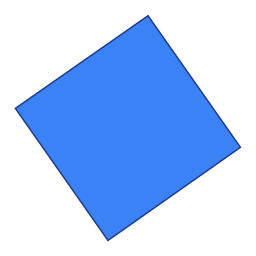 Mahnomen, Minnesota, United States of America (Mercator projection), rotated 145°
{"feature_id": "52423323B48035843667000", "entity_name": "Mahnomen", "entity_type": "district", "adm_level": 2, "iso_a3": "USA", "parent_name": "United States of America", "parent_adm1": "Minnesota", "projection": "mercator", "projection_center": [-95.81, 47.326], "detail": "fine", "context": "isolated", "style": "filled", "palette": "blue", "viewbox_px": 256, "rotation_deg": 145, "n_neighbors": 0, "source": "geoboundaries", "source_scale": "gbopen_adm2", "svg_char_len": 236}
<svg xmlns="http://www.w3.org/2000/svg" viewBox="0 0 256 256"><g transform="rotate(145 128 128)"><path d="M47.0,47.7L47.2,208.5L209.0,208.7L208.9,47.3L208.1,47.4L47.0,47.7Z" fill="#3b82f6" stroke="#1e3a8a" stroke-width="1.5"/></g></svg>